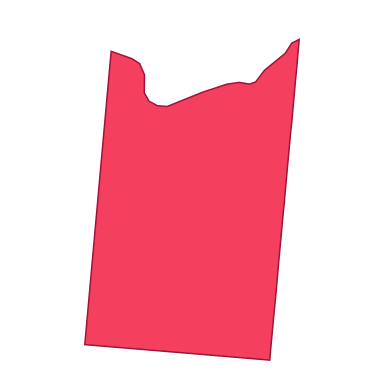 Campbell, South Dakota, United States of America (Equal Earth projection), rotated 95°
{"feature_id": "52423323B49875103288406", "entity_name": "Campbell", "entity_type": "district", "adm_level": 2, "iso_a3": "USA", "parent_name": "United States of America", "parent_adm1": "South Dakota", "projection": "equal_earth", "projection_center": [-100.191, 45.769], "detail": "fine", "context": "isolated", "style": "filled", "palette": "rose", "viewbox_px": 384, "rotation_deg": 95, "n_neighbors": 0, "source": "geoboundaries", "source_scale": "gbopen_adm2", "svg_char_len": 663}
<svg xmlns="http://www.w3.org/2000/svg" viewBox="0 0 384 384"><g transform="rotate(95 192 192)"><path d="M352.7,99.9L340.4,99.9L339.8,99.9L339.7,99.9L339.4,99.9L303.0,99.7L285.9,99.5L250.6,99.5L234.2,99.4L208.0,99.3L201.7,99.2L191.7,99.1L191.0,99.2L178.0,99.1L173.7,99.1L166.0,99.1L123.2,98.9L122.8,98.9L119.3,98.8L118.8,98.8L115.2,98.7L67.3,98.6L63.2,98.5L61.5,98.5L58.9,98.5L45.6,98.5L30.6,98.5L35.0,105.6L45.8,111.3L64.3,130.3L76.8,138.2L79.5,144.1L78.7,154.5L81.5,166.6L91.6,190.1L109.0,224.3L109.0,234.1L105.3,242.7L97.3,248.2L79.5,249.5L68.7,255.3L64.4,263.5L58.9,284.8L353.4,285.5L352.7,99.9Z" fill="#f43f5e" stroke="#9f1239" stroke-width="1.5"/></g></svg>